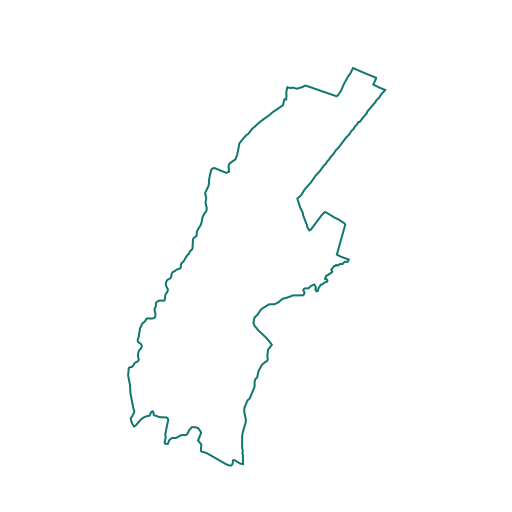 La Democracia, Escuintla, Guatemala, rotated 197°
{"feature_id": "79465075B56611035242385", "entity_name": "La Democracia", "entity_type": "district", "adm_level": 2, "iso_a3": "GTM", "parent_name": "Guatemala", "parent_adm1": "Escuintla", "projection": "albers", "projection_center": [-90.943, 14.121], "detail": "fine", "context": "isolated", "style": "outline", "palette": "teal", "viewbox_px": 512, "rotation_deg": 197, "n_neighbors": 0, "source": "geoboundaries", "source_scale": "gbopen_adm2", "svg_char_len": 5784}
<svg xmlns="http://www.w3.org/2000/svg" viewBox="0 0 512 512"><g transform="rotate(197 256 256)"><path d="M322.8,57.3L321.5,58.7L318.2,66.2L315.8,69.1L314.7,70.1L313.6,70.8L312.6,71.4L311.2,72.1L310.5,76.3L309.5,77.3L308.1,76.2L307.5,74.2L306.8,74.0L301.0,73.7L294.5,75.4L292.9,74.8L292.0,73.7L290.9,61.1L290.3,57.9L289.5,56.8L288.8,50.8L288.4,50.2L287.6,50.0L286.4,50.2L285.4,50.5L285.3,51.4L285.2,54.1L284.7,55.2L283.8,56.5L283.2,57.2L282.6,57.7L280.1,58.3L279.4,58.5L278.5,59.3L277.4,60.6L276.3,61.9L274.1,63.2L270.7,64.2L269.6,65.6L269.1,69.5L267.4,73.5L263.7,74.6L260.8,74.4L257.4,71.7L256.8,70.6L257.5,62.6L253.2,59.8L251.8,53.6L251.0,53.1L245.6,53.1L225.7,48.6L223.6,48.1L221.4,47.9L219.8,47.9L218.6,48.3L218.2,48.8L217.7,49.9L217.8,51.5L218.1,52.9L218.2,53.9L217.5,54.4L216.4,54.4L210.9,52.9L207.6,53.1L210.5,62.2L211.2,63.0L211.8,66.2L213.2,68.5L216.6,79.8L217.1,83.7L217.2,94.2L218.0,96.9L221.7,103.5L222.7,107.2L221.9,115.4L220.4,117.8L219.4,127.5L219.2,131.1L220.5,134.9L220.7,137.7L219.4,140.2L219.9,147.0L218.5,153.7L217.4,155.6L214.6,159.1L214.7,161.3L215.9,163.5L217.1,169.8L214.9,175.7L218.2,178.2L221.0,180.0L222.0,180.6L223.2,181.2L224.0,181.6L230.3,184.7L231.5,185.2L237.3,189.1L239.0,191.4L239.4,196.7L237.2,200.7L235.8,205.8L234.4,207.9L229.4,213.6L224.0,215.4L220.5,218.9L219.8,220.2L218.8,221.9L217.9,223.0L215.5,224.3L210.7,227.8L209.4,229.0L199.7,232.1L198.9,233.2L198.9,235.2L200.7,236.9L200.6,238.4L200.0,239.2L196.3,240.5L194.5,243.7L191.9,245.8L189.4,243.3L189.4,241.2L187.8,239.9L186.7,240.7L186.8,243.3L186.0,246.1L185.8,247.2L185.2,247.9L184.4,248.2L183.9,248.8L183.5,249.6L182.7,250.6L182.0,251.3L181.3,251.7L180.5,252.3L180.5,253.3L181.0,254.1L182.0,254.3L183.0,254.1L183.5,254.8L183.2,255.8L183.1,257.0L183.0,257.8L181.7,258.8L181.3,259.4L180.5,260.4L179.6,261.4L178.7,262.3L178.6,263.6L179.5,264.2L180.0,264.8L179.7,265.8L179.2,266.6L178.9,267.8L178.8,268.6L178.3,269.2L177.4,269.5L177.1,270.5L176.4,271.0L175.7,270.6L174.9,270.8L174.5,271.4L173.9,272.3L173.2,273.0L172.4,273.3L171.5,273.3L170.7,273.8L170.4,274.8L170.0,275.7L169.3,276.5L168.7,276.7L167.7,276.8L166.6,277.3L166.4,278.2L166.4,278.9L166.2,279.7L174.5,280.1L179.1,281.0L179.8,312.1L181.0,313.1L187.1,314.9L192.1,315.7L201.7,318.2L203.2,318.0L205.3,313.8L211.2,297.4L212.4,296.1L215.6,298.8L216.4,300.7L219.3,304.1L222.8,308.7L223.8,310.8L227.9,315.3L233.1,322.7L233.1,323.7L232.1,324.7L230.5,327.7L228.9,333.9L225.0,342.4L222.5,350.3L219.9,355.5L217.5,362.4L215.9,365.2L215.9,366.7L214.1,370.0L214.1,371.4L211.9,375.8L210.5,380.6L208.7,383.9L204.5,395.5L202.2,399.9L201.5,403.0L199.9,405.9L199.1,409.1L198.0,411.0L197.2,414.1L195.9,414.6L194.5,418.8L191.8,425.0L191.7,426.8L186.7,438.4L186.6,439.8L184.3,443.9L183.7,446.9L181.5,451.2L181.1,452.6L183.5,452.7L187.5,453.2L194.0,454.2L193.1,460.8L193.3,461.5L205.7,462.7L213.9,463.6L218.2,464.1L219.3,457.2L220.1,456.0L222.2,446.2L223.0,439.0L224.6,433.5L225.8,432.3L257.9,433.5L259.2,433.1L260.6,431.4L266.1,427.8L269.7,427.9L272.1,426.6L275.3,426.6L275.0,421.8L273.6,417.6L272.9,414.5L274.7,414.1L274.3,408.1L278.7,402.6L281.8,398.8L285.1,393.7L288.2,389.8L291.1,385.7L292.2,384.1L294.9,379.5L296.8,376.6L299.3,370.2L300.7,368.7L302.9,363.6L304.8,359.0L303.6,347.6L303.9,342.5L306.9,338.6L308.5,336.4L308.5,335.4L308.3,333.2L306.4,328.6L308.8,326.8L321.6,328.0L323.1,327.1L324.1,325.1L323.1,314.0L322.4,313.2L321.9,309.3L323.1,301.1L322.3,300.0L320.6,297.0L319.8,292.1L317.2,287.6L316.6,284.6L317.5,282.2L317.9,280.9L318.1,279.9L318.2,279.1L318.4,278.2L318.4,276.8L318.2,275.3L318.0,273.8L317.9,272.5L317.9,271.3L317.9,270.0L318.1,268.7L318.5,267.5L318.8,266.1L319.1,265.1L319.4,264.0L319.5,263.1L319.6,262.2L319.6,261.2L319.3,260.3L318.9,259.1L318.7,258.1L319.0,257.4L319.5,256.7L319.9,256.2L320.4,255.5L320.9,254.8L321.1,254.0L320.9,252.7L320.2,249.6L319.1,245.5L319.0,244.4L319.1,243.5L319.6,242.8L320.1,242.0L320.6,240.9L320.6,239.6L320.8,238.5L321.2,237.9L321.6,237.3L321.9,236.7L322.2,235.7L322.7,234.4L322.9,233.5L323.1,232.2L323.4,230.8L323.6,230.1L324.2,228.7L325.0,227.5L325.2,226.8L325.3,225.7L324.9,224.3L324.6,223.4L324.8,222.2L325.5,221.4L326.2,221.0L327.1,220.4L327.9,219.8L328.3,219.3L328.9,218.2L329.8,217.3L330.6,216.6L331.0,216.1L331.3,215.3L331.5,214.4L331.4,213.5L331.2,212.4L331.0,211.6L331.1,210.4L331.5,209.7L332.1,208.9L332.9,208.1L333.5,207.5L333.9,206.8L334.1,206.0L334.3,205.0L334.3,204.1L334.2,203.3L333.9,202.5L333.3,201.4L332.6,200.5L331.6,199.4L330.8,198.7L330.3,197.5L330.3,196.4L330.6,194.7L331.0,193.9L331.2,193.1L331.3,192.1L331.2,191.3L331.0,190.5L330.6,189.0L330.5,187.8L330.5,186.8L331.3,186.2L332.0,186.1L333.0,185.8L334.4,185.5L335.5,185.0L336.1,184.5L337.0,183.6L337.7,182.4L337.9,181.1L337.5,180.2L337.2,179.1L337.1,178.5L337.3,177.8L337.5,176.0L337.3,174.8L337.0,174.1L336.3,173.2L335.9,172.4L335.5,171.8L335.2,171.1L335.0,170.5L334.8,169.7L334.7,169.0L334.7,168.2L335.1,167.2L335.8,166.5L336.6,166.1L337.3,165.8L338.4,165.4L340.0,165.0L341.8,164.5L342.5,163.9L342.6,163.2L342.9,161.4L343.4,160.6L343.8,159.8L344.4,159.1L344.8,158.4L345.2,157.4L345.2,156.2L345.4,154.9L345.6,154.1L345.8,152.8L345.6,151.5L345.2,150.6L345.2,148.3L345.0,147.1L344.6,146.1L344.5,144.7L344.6,143.2L344.6,142.4L344.6,141.3L344.4,140.5L343.8,139.5L343.2,139.2L342.5,138.9L341.8,138.7L340.6,138.3L339.8,137.7L339.2,137.1L338.9,136.5L338.8,135.7L338.9,134.2L339.5,132.8L340.0,131.5L340.3,130.8L340.3,130.1L340.3,129.3L340.2,128.4L340.1,127.5L339.6,126.0L339.3,125.2L339.0,124.6L338.2,123.5L337.8,122.5L337.9,121.5L338.3,120.8L339.0,119.9L340.4,118.6L340.9,117.8L341.0,117.0L341.2,116.1L341.8,114.5L342.4,113.5L344.2,112.7L344.9,111.6L343.4,104.5L338.7,95.6L335.9,87.9L328.4,73.8L327.2,72.5L326.8,70.9L327.5,66.7L328.4,64.1L325.9,60.0L323.8,58.1L322.8,57.3Z" fill="none" stroke="#0f766e" stroke-width="2"/></g></svg>